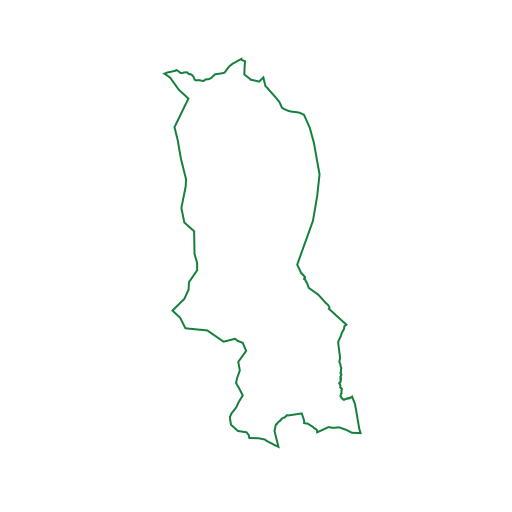 outline of Bulgan, Hovd, Mongolia, rotated 158°
{"feature_id": "93677404B6267126121439", "entity_name": "Bulgan", "entity_type": "district", "adm_level": 2, "iso_a3": "MNG", "parent_name": "Mongolia", "parent_adm1": "Hovd", "projection": "mercator", "projection_center": [91.063, 45.925], "detail": "fine", "context": "isolated", "style": "outline", "palette": "green", "viewbox_px": 512, "rotation_deg": 158, "n_neighbors": 0, "source": "geoboundaries", "source_scale": "gbopen_adm2", "svg_char_len": 5033}
<svg xmlns="http://www.w3.org/2000/svg" viewBox="0 0 512 512"><g transform="rotate(158 256 256)"><path d="M225.4,52.6L225.0,56.9L224.7,58.4L222.2,69.9L220.7,76.7L220.7,76.9L220.6,77.4L219.7,81.4L219.6,86.4L219.6,89.3L219.6,89.5L219.8,89.4L219.9,89.5L220.2,89.5L220.3,89.5L220.9,89.3L221.0,89.1L221.3,89.1L221.4,89.3L221.5,89.3L221.8,89.4L222.0,89.3L222.3,89.4L222.5,89.5L223.1,89.4L223.2,89.5L223.3,89.5L223.4,89.3L223.5,89.4L223.8,89.4L223.9,89.5L224.1,89.4L224.3,89.4L224.5,89.4L224.6,89.6L224.8,89.6L225.0,89.7L225.0,89.8L225.5,89.8L225.5,89.7L225.8,89.7L226.1,89.6L226.4,89.7L226.5,89.7L226.8,89.8L227.0,89.9L227.3,89.8L227.5,89.8L227.6,89.7L227.8,89.8L228.0,89.8L228.4,89.7L228.5,89.8L228.6,90.0L228.9,90.2L228.9,90.4L229.0,90.4L229.1,90.6L229.3,91.0L229.4,91.3L229.5,91.7L229.7,92.7L230.0,93.0L229.9,93.3L229.9,93.8L230.1,94.3L230.1,94.5L229.9,95.0L229.6,95.2L229.5,95.3L228.9,96.2L228.5,96.6L228.2,96.7L228.0,96.8L227.9,97.0L227.8,97.4L227.3,98.9L227.2,99.4L226.4,100.1L226.1,100.5L226.1,100.9L226.1,101.0L226.7,101.7L227.2,102.5L226.3,104.3L226.2,105.6L226.3,106.4L226.6,106.7L226.5,106.9L226.3,107.0L226.1,107.3L225.6,107.5L225.2,107.5L224.7,107.7L224.5,107.9L224.4,108.2L224.4,108.3L224.3,108.6L224.3,108.8L223.9,109.1L223.9,109.4L223.9,109.5L223.7,109.6L223.4,109.8L223.3,110.2L223.2,110.3L223.2,110.5L223.3,110.6L223.4,110.8L223.0,110.9L223.0,111.0L222.9,111.3L223.0,111.9L223.0,112.1L222.8,112.2L222.7,112.3L222.7,112.7L222.7,112.8L222.4,113.0L222.1,113.2L222.0,113.4L221.6,113.6L221.6,113.8L221.3,114.1L221.3,114.4L221.3,114.5L221.2,114.8L221.2,115.0L221.5,115.3L221.4,115.7L221.5,115.8L221.5,116.0L221.4,116.2L221.2,116.3L220.9,116.5L220.6,116.7L220.6,117.0L220.4,117.3L220.3,117.5L220.2,117.6L220.1,117.9L220.1,118.1L219.7,118.6L219.6,119.0L219.4,119.3L219.3,119.6L219.1,119.7L218.9,120.0L218.9,120.4L218.9,121.0L218.8,121.5L218.7,123.0L218.5,123.4L218.4,124.2L218.3,124.9L218.3,125.1L218.4,126.6L216.2,130.0L215.5,132.6L212.5,144.1L212.1,145.0L211.8,145.9L211.5,146.2L207.4,149.9L206.1,151.5L205.7,151.9L205.4,152.3L205.1,152.7L204.8,152.9L202.7,154.6L201.8,155.3L200.4,157.8L198.7,158.1L198.3,158.2L197.9,158.4L202.7,168.3L203.6,170.1L206.2,175.7L206.4,176.0L208.2,179.7L207.7,180.0L207.2,180.6L207.4,182.9L207.5,183.5L209.0,186.6L212.8,196.9L214.5,199.6L215.3,200.8L219.0,206.7L218.8,211.7L218.9,212.7L219.3,213.4L219.3,213.5L219.2,213.6L219.2,213.8L219.2,214.0L219.2,214.3L219.2,214.6L219.1,214.8L219.2,215.3L219.5,215.7L219.7,216.1L220.0,216.6L219.8,216.7L219.7,216.8L219.6,217.2L219.5,217.3L219.3,217.3L218.9,217.3L218.6,217.4L218.5,217.5L218.5,218.2L218.5,218.4L218.6,218.6L218.8,219.1L219.0,219.3L219.1,219.6L219.1,219.8L219.1,220.0L219.2,220.3L219.3,220.4L219.3,220.7L219.4,220.9L219.5,221.0L219.7,221.6L219.8,221.7L220.0,221.8L220.0,222.0L220.0,222.4L220.2,222.8L220.4,222.9L220.4,223.1L220.5,223.3L220.5,223.6L220.6,223.9L220.6,225.4L221.0,232.6L205.8,249.6L190.0,267.3L176.8,288.7L166.5,307.9L160.0,338.9L158.1,354.6L158.6,369.0L161.9,372.5L163.7,373.7L165.8,374.8L166.4,375.2L168.0,376.0L169.4,376.8L171.8,378.6L172.5,379.3L174.5,381.3L176.4,383.8L176.6,389.9L178.1,394.9L183.0,408.7L183.6,410.1L182.3,418.8L187.8,416.5L188.4,417.0L193.8,420.8L194.6,421.1L194.7,421.5L198.8,428.7L195.9,435.3L193.2,440.6L196.1,443.6L195.8,444.2L205.4,443.1L209.9,441.8L216.5,437.8L219.0,438.1L225.9,439.8L231.3,437.7L232.3,437.8L233.8,437.7L236.7,438.6L239.1,437.9L243.4,440.6L245.9,441.3L246.8,442.4L246.8,445.2L247.5,447.7L248.9,449.5L249.9,449.5L251.2,452.2L254.1,453.2L256.0,453.2L257.4,454.0L259.4,457.4L260.3,458.3L261.4,457.9L269.9,459.4L272.6,459.3L271.9,458.4L268.8,453.6L265.3,439.1L259.7,427.3L283.3,406.0L285.2,392.7L289.1,374.8L292.1,353.4L295.1,346.9L307.2,328.5L309.9,313.9L304.1,302.1L312.2,281.1L313.2,271.7L315.9,264.8L328.0,256.8L331.0,250.2L338.5,243.1L353.9,236.7L349.5,227.3L348.5,215.4L329.0,205.2L318.2,188.7L306.6,187.1L305.8,186.2L305.7,185.7L305.2,185.0L304.9,184.3L304.6,183.9L304.1,183.8L303.8,183.4L303.5,182.8L302.9,182.3L302.2,182.0L301.8,181.5L301.5,181.0L301.1,180.6L300.8,180.4L300.7,171.7L312.1,164.5L313.9,155.9L319.4,149.7L322.1,145.7L321.3,140.4L320.5,131.7L326.6,127.2L331.1,123.0L337.7,119.2L340.5,116.5L341.4,113.4L342.4,108.9L338.3,100.5L330.8,96.1L329.8,92.5L330.4,89.8L321.8,86.0L316.5,82.5L315.5,80.7L308.9,73.0L306.7,70.7L304.4,86.9L300.7,92.3L300.4,92.5L300.2,92.5L299.9,92.4L299.6,92.4L298.6,93.0L298.4,93.2L298.1,93.4L297.5,93.7L296.8,93.8L296.3,94.0L295.8,94.0L295.5,94.1L295.1,94.5L294.1,94.7L294.0,94.9L293.6,95.3L292.9,95.5L292.3,95.6L291.6,95.7L291.1,95.7L290.1,95.6L289.5,95.8L289.0,95.9L288.7,95.9L288.4,96.0L288.2,96.2L287.9,96.4L287.7,96.6L287.2,96.7L286.8,96.8L286.6,96.6L286.5,96.3L286.3,96.2L272.6,92.9L272.8,88.4L273.1,85.2L274.0,83.0L272.4,82.1L271.7,81.6L271.1,81.4L269.8,79.8L269.2,79.0L268.5,77.9L267.3,76.3L267.0,75.7L266.7,74.9L266.4,74.4L266.3,74.2L265.9,73.8L265.6,73.5L265.1,72.8L264.8,71.9L264.9,71.2L265.3,69.6L252.9,70.2L248.7,67.7L243.1,66.0L237.3,60.8L233.3,56.2L225.6,52.7L225.4,52.6Z" fill="none" stroke="#15803d" stroke-width="2"/></g></svg>